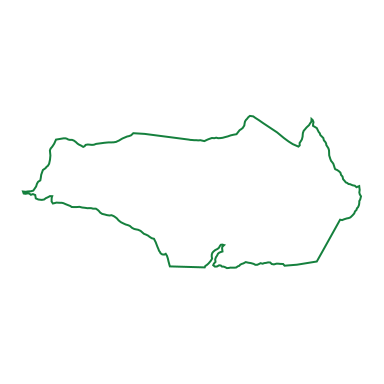 outline of Ipueiras, Ceará, Brazil
{"feature_id": "56859067B3436475805377", "entity_name": "Ipueiras", "entity_type": "district", "adm_level": 2, "iso_a3": "BRA", "parent_name": "Brazil", "parent_adm1": "Ceará", "projection": "albers", "projection_center": [-40.906, -4.57], "detail": "fine", "context": "isolated", "style": "outline", "palette": "green", "viewbox_px": 384, "rotation_deg": 0, "n_neighbors": 0, "source": "geoboundaries", "source_scale": "gbopen_adm2", "svg_char_len": 4132}
<svg xmlns="http://www.w3.org/2000/svg" viewBox="0 0 384 384"><path d="M25.5,193.8L27.6,193.4L29.2,193.5L30.9,194.8L32.9,194.1L35.2,195.0L35.8,198.4L38.3,199.5L40.0,199.7L41.8,199.9L44.1,199.5L45.8,198.2L48.0,197.2L50.0,196.1L52.2,196.2L51.7,197.7L51.6,199.5L51.6,201.5L52.9,203.5L54.6,203.1L56.5,202.6L58.1,202.7L60.2,202.8L61.8,202.8L63.5,203.2L65.5,204.1L68.0,205.1L70.3,206.0L71.7,207.0L75.0,207.1L77.8,207.0L79.3,206.8L82.1,207.5L84.9,207.8L87.5,208.2L89.7,208.1L91.4,208.2L93.1,208.7L95.9,208.7L97.7,209.9L99.1,211.2L100.2,212.6L102.2,213.9L104.8,214.5L106.9,215.1L109.5,215.5L111.5,215.2L113.7,216.1L115.2,217.1L116.8,218.3L118.6,220.4L120.9,222.2L123.3,223.4L125.7,224.5L127.8,225.1L129.8,225.9L132.1,227.9L134.3,229.0L136.2,229.4L138.2,229.8L140.6,230.9L142.2,232.3L143.9,233.8L146.2,234.7L148.2,235.7L149.4,236.7L151.7,238.2L154.0,238.8L154.8,240.5L155.7,242.2L156.6,244.6L157.4,246.7L158.4,249.0L159.0,250.7L159.9,251.9L160.6,253.3L162.2,254.4L164.2,254.6L165.7,253.8L167.0,255.9L167.9,258.7L168.5,261.4L169.0,263.2L169.4,264.8L169.9,266.4L204.7,267.4L205.3,266.0L206.8,265.0L208.5,263.5L209.6,262.2L210.8,260.8L212.1,258.6L211.7,256.5L211.8,254.5L212.4,252.8L213.4,251.6L215.2,250.1L217.6,248.9L219.0,247.7L219.9,246.0L220.8,244.8L222.4,244.6L224.1,245.1L222.3,246.8L222.1,248.4L222.5,251.5L220.6,252.1L219.2,252.7L218.0,253.7L217.0,255.7L215.9,257.3L215.2,259.4L215.5,261.9L213.9,263.6L213.2,265.2L214.9,266.6L217.0,266.5L219.1,265.3L220.8,265.5L222.0,266.6L223.6,266.6L225.4,267.3L226.9,268.1L228.5,268.0L230.6,267.6L232.1,267.7L234.2,267.7L236.2,267.5L237.7,266.4L239.3,265.8L240.2,264.7L241.8,263.9L243.4,263.4L245.7,262.1L248.3,262.7L250.9,263.1L253.7,263.9L255.3,264.8L257.2,264.8L258.8,264.1L260.5,263.2L262.7,263.7L264.2,263.1L266.0,262.9L268.1,262.4L270.2,262.5L271.7,264.0L273.9,264.4L276.4,263.7L278.3,263.7L280.4,263.9L283.1,264.0L284.6,265.7L297.0,264.7L316.8,261.5L322.2,251.9L340.1,219.7L342.1,220.1L343.8,219.4L345.3,218.9L346.9,218.4L348.6,218.1L350.4,217.4L352.5,215.4L354.2,213.5L355.0,211.4L356.5,209.9L356.9,208.4L358.1,207.1L359.0,204.9L359.3,202.7L359.3,201.1L360.2,199.5L361.0,196.3L359.8,194.4L359.3,192.4L359.7,189.9L359.4,187.8L359.2,186.1L356.5,187.2L354.8,185.7L352.6,185.3L350.1,184.2L348.5,184.0L347.3,183.0L345.8,182.4L344.7,181.0L343.1,179.2L342.5,176.5L341.1,175.0L340.4,172.6L339.0,171.3L337.3,170.1L335.2,169.2L334.6,167.8L334.1,166.1L333.3,163.7L332.2,162.2L331.1,160.9L330.3,158.9L329.2,155.4L329.1,152.5L329.0,150.3L328.4,148.3L327.3,146.6L326.3,145.0L326.1,143.4L325.2,141.8L323.9,140.4L323.3,138.0L321.8,136.5L320.3,135.0L319.8,133.3L318.7,132.0L317.7,130.0L316.8,128.1L313.0,125.8L313.1,123.9L313.5,122.2L312.7,120.1L311.5,119.0L311.4,121.6L310.0,123.5L309.1,125.1L307.9,126.2L306.5,127.5L305.1,129.2L303.7,130.8L302.9,133.0L302.7,135.0L302.6,136.6L301.9,139.4L300.9,141.1L299.6,143.0L299.7,145.4L298.4,146.6L292.7,144.1L288.6,141.5L284.0,138.1L277.1,132.4L263.1,123.1L258.8,120.1L255.2,117.8L253.3,116.4L249.9,115.9L248.2,117.3L247.1,118.8L246.0,119.9L245.0,121.5L244.6,123.4L244.3,125.5L242.7,128.0L241.0,129.3L239.6,130.2L238.2,132.0L236.5,134.2L233.6,134.7L230.6,135.4L227.8,136.4L225.1,137.1L222.6,137.8L220.2,138.1L218.1,138.2L216.2,137.7L214.3,138.2L211.9,138.0L209.3,138.9L207.5,139.6L205.8,140.4L204.4,141.1L202.1,140.6L200.4,140.2L198.2,140.4L196.4,140.2L194.2,140.2L192.0,140.0L190.3,139.9L188.8,139.6L144.7,133.9L133.3,133.2L131.1,135.3L129.0,136.1L127.1,136.5L125.5,137.2L122.4,138.5L120.7,139.5L118.9,140.6L117.5,141.2L116.1,141.9L113.7,142.3L111.3,142.4L108.6,142.4L106.3,142.6L104.3,142.8L101.4,143.2L99.1,143.5L96.1,143.9L94.0,144.7L92.0,144.9L90.1,144.7L87.8,144.5L85.6,144.9L84.6,146.2L83.2,146.9L81.1,145.6L78.8,144.5L77.5,143.6L75.8,142.0L73.9,140.6L72.1,139.9L69.9,139.9L68.2,139.5L66.8,138.7L65.4,138.3L63.8,138.3L61.4,138.7L56.0,139.6L54.2,143.7L52.3,146.6L50.6,148.6L49.9,150.5L50.4,155.5L50.0,159.7L49.1,163.8L47.9,165.8L46.5,166.9L45.5,168.2L42.9,170.0L41.2,174.8L40.8,177.8L40.3,180.4L38.1,181.8L37.0,183.7L36.1,186.5L33.3,190.6L30.8,191.3L28.1,191.4L25.6,191.8L23.0,191.5L23.7,193.5L25.5,193.8Z" fill="none" stroke="#15803d" stroke-width="2"/></svg>